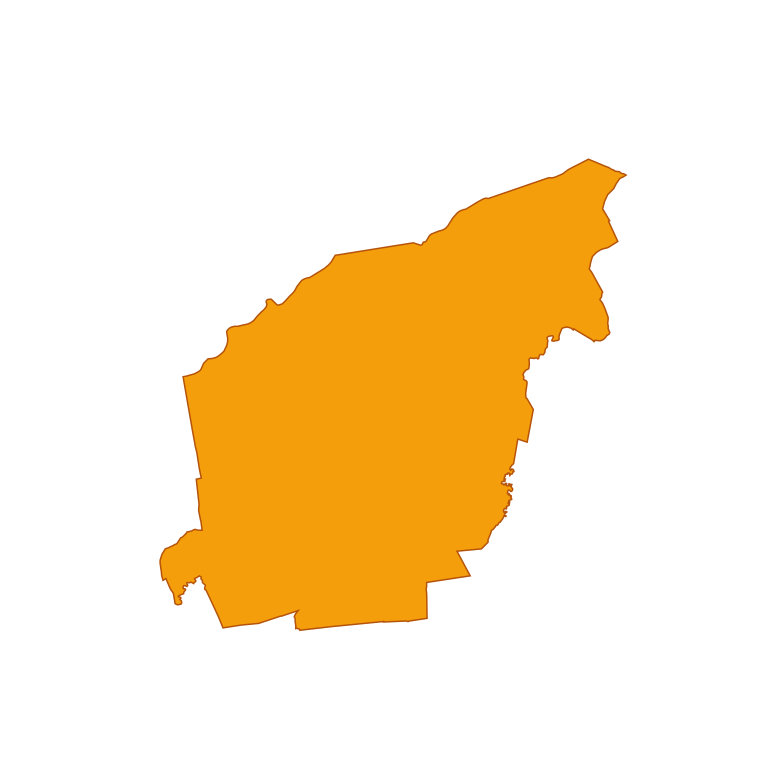 outline of Draganesti, Suceava, Romania, rotated 293°
{"feature_id": "2599482B31122548241895", "entity_name": "Draganesti", "entity_type": "district", "adm_level": 2, "iso_a3": "ROU", "parent_name": "Romania", "parent_adm1": "Suceava", "projection": "equal_earth", "projection_center": [26.414, 47.314], "detail": "fine", "context": "isolated", "style": "filled", "palette": "amber", "viewbox_px": 768, "rotation_deg": 293, "n_neighbors": 0, "source": "geoboundaries", "source_scale": "gbopen_adm2", "svg_char_len": 6146}
<svg xmlns="http://www.w3.org/2000/svg" viewBox="0 0 768 768"><g transform="rotate(293 384 384)"><path d="M337.9,543.2L339.3,540.8L340.5,541.0L341.5,541.0L341.5,540.8L341.2,540.3L340.5,540.2L340.0,539.9L340.1,539.5L341.2,538.8L341.0,538.2L340.6,537.8L340.2,537.8L339.8,538.5L339.2,538.7L338.6,537.8L338.3,536.9L338.5,535.9L338.9,535.7L340.2,535.8L340.3,535.5L340.2,534.8L339.7,534.5L338.2,534.1L337.9,533.7L338.6,532.5L338.2,531.4L338.3,531.1L338.9,530.8L339.9,530.8L340.6,531.2L340.9,531.5L341.0,532.3L341.3,532.9L341.8,533.3L342.6,533.0L342.4,532.3L342.9,531.9L344.0,532.7L344.1,531.7L344.2,531.4L345.0,531.2L345.7,531.3L346.3,531.7L346.8,531.3L347.9,531.0L348.2,531.2L348.4,531.8L349.2,532.3L349.3,533.1L350.3,532.7L350.6,532.9L350.8,533.4L350.8,534.4L349.0,535.6L350.9,536.2L351.4,537.2L353.6,537.0L353.9,537.1L353.9,537.7L354.5,537.8L354.9,537.1L355.7,536.6L355.9,536.1L355.9,535.8L355.5,535.6L355.4,535.3L355.5,534.6L354.0,534.4L354.6,533.3L355.2,532.9L357.2,532.9L358.3,533.3L359.3,533.3L359.7,533.8L361.4,534.4L385.6,528.7L386.4,538.5L418.9,531.4L426.4,521.4L426.8,520.3L427.2,519.8L430.9,518.0L437.7,516.2L440.8,515.3L441.9,514.7L442.3,514.1L442.6,513.1L442.6,511.1L442.9,510.6L445.1,510.0L447.1,508.2L449.3,508.3L452.2,509.2L454.2,511.0L454.8,511.2L458.7,510.2L463.1,508.0L463.8,507.9L465.2,508.5L466.2,512.4L467.6,513.9L467.6,514.4L467.2,515.8L467.5,516.1L468.2,516.4L470.4,515.9L471.1,515.9L471.8,516.2L472.5,516.7L472.8,518.4L473.4,519.3L476.0,519.7L478.7,518.9L479.5,518.9L481.4,519.7L482.0,519.8L485.1,518.6L487.3,518.1L488.3,517.6L489.5,516.3L490.6,516.0L491.3,516.2L492.3,517.1L493.4,518.6L494.2,520.2L494.1,520.9L493.7,521.4L493.2,521.5L490.0,521.4L489.5,521.6L489.3,521.9L489.8,523.6L491.0,525.1L491.7,526.5L492.8,527.6L493.7,527.7L496.1,526.5L498.4,526.2L503.6,526.1L504.7,526.2L505.9,527.2L507.7,529.7L508.2,531.6L508.5,534.2L507.7,537.1L508.9,537.2L506.1,557.5L505.7,558.9L505.0,560.8L505.7,561.1L506.4,560.9L506.8,561.6L508.2,566.1L510.0,568.0L511.7,569.1L513.3,569.7L515.6,570.2L518.0,571.8L519.5,571.8L522.7,568.6L525.2,567.7L526.0,566.9L527.4,566.2L531.6,564.9L533.0,564.2L539.8,557.9L543.6,553.8L544.6,552.3L545.8,550.0L546.4,549.7L549.0,550.2L552.8,549.2L554.0,549.4L567.8,531.8L570.2,527.9L573.5,527.5L575.1,527.0L579.2,526.4L582.6,526.1L583.8,526.4L588.5,528.3L591.9,530.7L593.9,532.7L596.6,536.3L597.6,537.3L606.6,543.5L621.5,527.1L622.5,527.9L630.6,516.8L638.1,515.7L645.7,515.9L653.6,519.1L659.2,519.5L665.4,520.8L667.9,523.1L670.9,525.2L671.2,522.3L670.7,521.0L670.7,520.1L671.4,517.6L670.2,513.7L670.3,513.0L670.7,511.9L670.5,509.6L671.1,506.3L670.9,502.8L670.8,484.4L654.3,470.6L652.4,469.3L647.3,466.4L641.3,460.7L639.3,458.0L638.7,456.0L637.8,454.5L595.4,407.4L595.3,406.6L594.8,405.0L593.1,403.0L588.3,399.2L576.9,391.0L575.6,389.1L572.8,386.2L570.3,384.7L563.5,382.4L554.5,381.0L551.7,380.0L549.8,378.8L548.1,377.2L546.1,374.6L540.7,369.1L539.1,368.2L537.4,367.7L532.3,367.1L531.0,366.5L529.9,364.7L527.3,364.7L526.7,364.3L526.0,362.9L525.4,355.8L483.4,288.8L475.6,287.7L471.8,286.4L466.8,283.8L452.9,273.9L452.0,272.3L449.8,269.8L447.7,268.1L446.0,267.4L439.9,265.8L435.2,265.4L432.0,264.5L428.1,262.8L421.6,260.6L418.0,259.0L415.7,256.5L415.0,254.7L418.0,247.1L417.3,245.5L416.4,244.0L415.2,243.3L414.2,243.2L413.2,243.7L411.7,245.0L409.0,245.5L405.1,244.3L402.6,243.0L396.9,240.8L391.6,239.3L388.4,237.4L386.1,235.3L379.9,226.7L378.7,223.9L377.0,221.5L375.2,220.0L372.9,219.0L371.4,218.7L370.4,218.8L364.8,222.4L361.5,223.6L358.2,224.1L351.9,223.9L351.0,223.6L347.1,221.8L344.2,220.1L342.3,218.4L340.3,215.8L338.4,212.2L332.7,209.9L326.0,209.8L324.5,209.4L322.7,208.3L319.3,205.5L314.0,199.0L312.2,196.2L266.4,225.8L252.4,235.0L247.9,238.4L232.5,248.0L226.0,252.6L223.0,248.4L201.1,260.7L195.1,262.8L187.0,268.3L186.8,268.7L178.3,273.7L176.8,270.0L176.4,267.1L175.9,266.2L173.5,264.3L170.8,260.5L169.1,260.2L164.6,258.4L162.8,256.9L156.5,255.8L155.4,255.2L154.5,254.1L152.8,252.9L148.9,249.4L146.8,247.1L140.8,246.2L138.9,246.3L134.2,246.8L131.4,248.0L124.2,252.4L120.8,254.2L116.9,257.3L119.7,259.3L112.7,266.5L111.2,268.4L110.4,269.8L109.0,271.9L100.3,277.5L100.0,278.6L100.1,280.2L100.7,281.3L102.3,283.3L103.6,283.3L105.2,282.2L105.9,280.4L107.3,280.8L108.0,280.4L108.2,280.0L107.7,278.0L107.9,277.8L108.8,277.8L109.3,278.2L111.7,280.3L112.3,281.3L112.7,281.5L113.9,281.1L114.8,281.2L117.0,281.8L117.5,281.5L117.7,281.0L117.2,279.4L117.4,279.0L118.3,278.5L120.1,278.4L120.7,279.9L120.6,281.3L120.7,281.8L122.1,281.9L123.2,280.5L123.8,280.2L124.4,280.4L124.9,282.4L126.2,283.8L125.9,286.8L127.2,286.9L128.3,287.7L128.9,287.8L129.6,287.5L130.5,285.7L131.0,285.7L132.9,287.5L135.2,289.0L134.8,291.3L133.4,291.5L132.9,291.9L132.2,293.6L130.6,294.3L130.0,295.1L129.2,297.8L128.7,298.3L126.1,298.6L125.2,299.1L124.8,299.6L124.8,300.6L122.1,303.7L105.1,322.5L96.6,331.1L106.4,346.9L114.6,362.1L130.1,379.7L130.2,380.3L141.9,393.5L138.2,392.5L136.4,392.3L134.4,392.4L134.3,392.7L133.6,393.6L132.3,394.4L130.8,394.9L127.0,397.3L124.3,398.3L125.2,399.5L125.2,402.0L124.4,402.7L139.9,430.0L165.2,476.4L164.7,476.5L174.5,497.0L174.7,499.0L175.7,499.9L185.1,515.2L205.3,506.3L209.0,504.5L211.4,503.0L214.2,502.4L218.0,500.8L241.1,538.3L258.6,516.5L270.3,538.1L279.1,541.6L280.4,540.9L281.5,540.6L289.1,540.5L291.1,540.1L292.9,541.3L296.4,542.3L297.5,542.4L298.1,542.9L298.5,543.7L301.6,544.1L302.1,544.9L302.7,545.2L303.9,545.2L305.9,545.9L309.3,546.0L309.6,547.9L309.8,548.0L310.3,547.8L310.4,546.6L310.7,546.0L311.2,545.8L312.3,546.1L313.9,547.1L314.2,547.1L314.4,546.8L314.4,546.0L313.9,545.4L312.8,544.8L312.8,544.5L313.5,543.8L314.5,543.5L316.2,543.4L316.6,543.8L316.9,544.2L316.7,545.2L316.9,545.4L317.4,545.5L319.2,544.6L320.8,546.3L321.4,546.5L322.8,546.3L323.0,546.0L322.5,545.1L322.8,544.8L323.7,544.9L324.0,545.8L324.3,545.9L324.6,545.8L324.7,544.7L325.4,544.5L327.5,546.5L328.0,546.6L328.7,545.1L329.9,545.3L330.7,544.9L330.5,544.3L331.0,543.8L331.1,543.5L330.4,543.1L330.3,542.6L332.0,542.0L332.0,541.7L331.1,540.8L331.2,540.5L334.0,539.7L335.0,540.0L335.3,540.7L335.2,541.5L334.5,542.3L334.7,542.9L335.4,543.6L337.3,543.7L337.9,543.2Z" fill="#f59e0b" stroke="#b45309" stroke-width="1.5"/></g></svg>